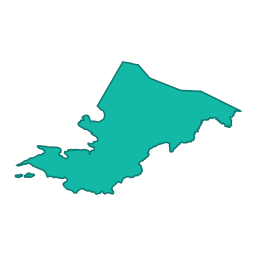 La Cruz, Guanacaste, Costa Rica (Mercator projection)
{"feature_id": "36466004B52146458356886", "entity_name": "La Cruz", "entity_type": "district", "adm_level": 2, "iso_a3": "CRI", "parent_name": "Costa Rica", "parent_adm1": "Guanacaste", "projection": "mercator", "projection_center": [-85.604, 11.009], "detail": "fine", "context": "isolated", "style": "filled", "palette": "teal", "viewbox_px": 256, "rotation_deg": 0, "n_neighbors": 0, "source": "geoboundaries", "source_scale": "gbopen_adm2", "svg_char_len": 5868}
<svg xmlns="http://www.w3.org/2000/svg" viewBox="0 0 256 256"><path d="M239.2,111.4L240.6,111.0L200.8,91.3L180.5,90.4L149.7,78.1L138.1,64.8L133.6,64.2L132.1,63.6L126.5,62.5L123.3,62.2L122.9,61.9L97.3,106.1L99.2,107.6L99.6,108.5L100.6,109.5L102.8,110.4L103.9,111.6L104.2,113.1L104.7,114.5L104.6,115.9L104.3,117.7L103.2,119.5L99.0,122.0L97.5,122.0L95.9,121.5L92.4,121.1L92.0,121.2L91.3,121.6L91.0,121.7L90.1,120.8L89.9,119.5L88.5,116.1L87.3,115.4L86.0,115.3L84.2,115.7L83.5,116.4L82.3,117.1L82.6,117.6L82.6,118.6L83.8,119.2L83.8,120.4L82.7,120.5L81.1,120.1L80.7,120.5L80.2,122.1L79.2,121.9L78.2,123.3L78.3,124.5L79.3,125.8L80.9,126.9L83.4,128.2L83.8,128.7L85.3,129.3L86.4,129.2L91.2,132.1L92.2,132.4L91.9,132.9L91.3,133.4L91.3,133.6L92.1,134.0L93.1,135.0L94.5,135.6L96.3,136.8L97.4,138.0L97.6,139.5L97.9,140.4L97.7,140.9L96.1,141.5L93.8,141.7L92.7,143.8L90.7,143.9L88.7,143.3L88.1,143.3L88.2,144.3L89.5,146.0L91.4,146.8L94.2,147.3L93.9,150.1L93.5,150.6L91.7,150.4L91.3,150.8L90.1,152.0L90.1,153.6L89.3,154.1L89.2,153.6L89.7,152.7L89.7,152.1L89.1,151.2L87.7,150.4L86.5,150.1L85.6,150.5L85.2,150.3L85.0,149.6L83.2,149.6L81.7,150.0L79.8,150.0L77.8,149.6L74.9,149.7L74.5,149.7L74.5,150.2L74.3,150.3L73.6,149.8L73.1,150.1L72.4,149.6L70.5,149.6L70.3,150.6L69.7,150.5L69.1,149.9L68.5,149.8L67.9,150.1L67.6,151.1L67.0,151.6L65.9,151.8L65.1,151.4L64.5,152.2L64.5,153.1L66.7,155.0L67.9,157.0L67.9,157.7L67.5,158.1L66.7,158.5L65.9,158.5L62.9,157.3L62.3,156.9L62.1,156.4L61.4,155.7L59.9,155.7L59.3,155.1L59.0,153.2L60.1,152.7L61.0,151.8L61.0,150.1L60.1,148.4L58.2,147.7L57.0,147.4L54.8,147.4L51.8,147.1L48.1,147.1L46.7,146.7L39.9,145.9L37.8,145.9L37.6,146.1L37.5,146.6L38.5,147.8L39.9,148.6L42.2,149.1L43.2,149.9L44.4,150.4L44.6,151.7L44.3,153.2L42.8,153.4L42.0,154.4L41.4,154.7L38.6,154.9L38.1,155.4L32.9,158.0L30.1,158.2L27.5,160.2L24.3,161.1L22.2,162.7L19.3,164.2L17.7,164.7L16.8,165.4L17.5,165.7L18.8,165.8L20.8,165.3L23.6,164.3L25.8,164.2L27.3,163.6L27.9,163.1L28.8,163.1L31.4,164.5L32.9,165.9L35.1,166.8L39.3,168.7L41.9,169.6L43.8,170.8L45.3,172.1L46.4,174.1L47.0,176.2L47.4,176.9L48.7,176.5L50.7,176.2L52.0,176.5L53.9,177.6L55.2,177.2L56.8,177.5L57.6,177.3L59.3,178.1L62.3,178.4L64.1,178.1L64.5,177.2L65.1,177.1L66.2,178.1L67.1,179.2L67.3,181.1L66.7,181.7L65.4,181.8L64.9,182.5L63.3,183.6L63.2,184.7L63.7,185.7L64.3,186.5L65.6,187.6L66.3,188.5L67.2,189.2L71.7,190.4L74.1,192.7L74.8,193.0L76.4,193.0L77.5,191.2L78.6,190.3L81.2,188.7L82.4,188.6L86.2,190.5L87.8,191.0L89.4,190.7L90.5,191.5L92.0,192.1L94.2,191.9L94.9,192.6L95.7,193.8L96.1,194.0L97.0,194.1L99.2,193.0L100.1,193.3L101.5,191.2L102.7,191.9L103.0,192.6L104.9,194.0L106.1,192.9L107.1,192.8L110.1,193.0L110.8,193.4L112.8,194.0L113.5,193.0L113.5,191.9L112.5,190.1L111.7,189.6L112.1,187.5L112.9,186.1L114.0,185.5L117.2,182.4L118.1,181.8L118.8,181.7L119.9,182.5L121.3,182.8L122.2,180.5L123.2,178.8L125.8,177.0L128.1,176.6L129.2,176.8L131.0,177.6L131.3,177.5L133.1,177.1L134.3,176.4L134.8,175.9L136.1,175.3L136.6,175.3L137.1,175.7L137.7,175.7L138.1,175.1L139.4,174.6L140.8,173.6L140.8,172.5L141.5,172.2L142.2,170.8L141.8,170.4L142.0,168.8L141.6,168.5L141.3,166.1L140.3,165.3L140.1,164.8L139.6,164.5L139.1,163.8L138.7,163.8L138.7,163.4L139.4,162.4L140.6,161.4L141.2,161.0L142.0,161.0L143.1,160.5L143.9,159.5L144.5,159.2L144.8,158.7L145.0,158.7L145.8,157.8L146.3,157.7L146.4,157.3L147.3,156.8L148.3,155.8L148.9,154.9L149.0,154.0L147.8,153.5L147.7,152.8L148.4,152.0L148.8,151.1L148.8,149.9L149.1,149.4L150.2,149.0L150.6,148.6L152.9,147.3L153.9,146.4L155.3,146.5L155.6,146.3L158.5,144.3L160.0,144.3L160.2,143.8L162.3,143.5L166.1,142.2L167.4,142.6L168.3,143.1L169.6,143.4L169.5,146.2L169.9,147.9L169.8,150.3L170.1,151.5L170.9,152.0L172.7,151.5L172.6,151.1L173.9,149.6L174.0,148.6L174.3,148.4L175.0,148.2L176.4,147.0L178.1,144.9L179.3,144.4L180.4,143.2L180.6,142.6L181.1,142.3L181.7,142.2L183.9,142.9L185.0,142.6L186.5,142.8L187.5,142.4L188.8,141.6L189.9,141.9L191.0,141.7L191.1,140.9L193.2,140.3L193.9,139.5L193.6,138.9L193.9,138.4L194.6,137.9L194.1,137.0L194.2,136.3L193.8,135.6L194.1,135.2L194.1,134.7L194.8,134.4L194.9,134.0L194.5,133.1L194.6,132.8L195.0,132.6L194.9,132.2L195.5,131.7L197.0,131.9L197.3,131.6L198.1,131.4L198.1,131.1L197.5,130.7L197.7,129.9L197.4,129.5L198.0,129.1L198.2,128.1L198.4,128.8L198.9,128.9L199.0,128.8L199.1,127.8L199.3,127.9L199.6,127.5L199.5,126.5L200.5,125.1L200.9,125.0L201.0,124.6L201.4,123.7L201.3,123.2L201.8,123.1L202.0,122.7L201.1,122.2L201.5,121.8L201.4,121.4L202.2,121.2L202.1,120.6L202.7,120.8L202.9,120.1L203.8,120.2L204.4,119.8L206.2,119.7L206.8,120.2L207.6,119.5L208.4,119.6L208.6,118.8L209.3,118.1L209.8,118.5L210.7,117.8L211.6,117.7L212.1,118.3L212.6,118.3L214.5,117.5L215.2,117.5L216.2,118.4L216.9,118.5L217.0,118.8L216.5,119.1L217.4,119.3L217.3,119.9L218.1,120.1L218.2,120.3L219.3,120.8L219.5,121.2L218.9,121.3L220.1,122.5L221.4,123.2L221.7,123.8L222.4,123.6L222.9,123.7L223.2,123.2L223.9,123.5L224.6,124.4L225.2,125.0L225.2,125.5L226.1,125.8L225.6,126.3L226.4,126.4L227.0,126.6L227.4,126.0L228.8,126.1L228.3,127.1L228.4,127.4L228.9,127.3L229.2,126.7L230.2,126.9L231.6,124.8L231.3,123.9L231.2,122.8L231.5,120.1L230.7,119.9L230.8,118.8L230.5,118.6L230.1,117.4L231.0,117.0L232.2,117.0L233.0,115.8L233.6,115.6L233.9,113.9L234.5,113.1L234.4,112.0L234.6,111.7L234.9,111.6L235.3,111.8L235.7,111.8L236.3,111.2L236.3,110.7L236.5,110.5L237.5,110.9L238.3,110.9L238.6,110.4L238.9,111.2L239.2,111.4ZM30.1,174.6L29.8,173.4L29.4,173.1L27.4,173.4L27.0,173.8L26.9,174.8L25.6,175.0L24.6,175.7L24.5,176.8L25.0,177.1L26.5,177.1L27.8,176.5L27.9,177.0L28.1,177.1L30.1,177.4L31.5,176.8L32.3,176.6L33.1,175.7L34.1,175.6L34.3,175.3L34.1,174.6L33.5,174.2L30.9,174.0L30.6,174.4L30.1,174.6ZM20.3,174.5L19.4,175.0L18.6,175.2L16.1,175.1L15.4,175.8L15.4,176.3L16.1,177.0L18.0,177.3L19.3,177.2L21.0,176.5L21.9,176.3L22.3,175.6L22.4,174.9L20.3,174.5Z" fill="#14b8a6" stroke="#0f766e" stroke-width="1.5"/></svg>